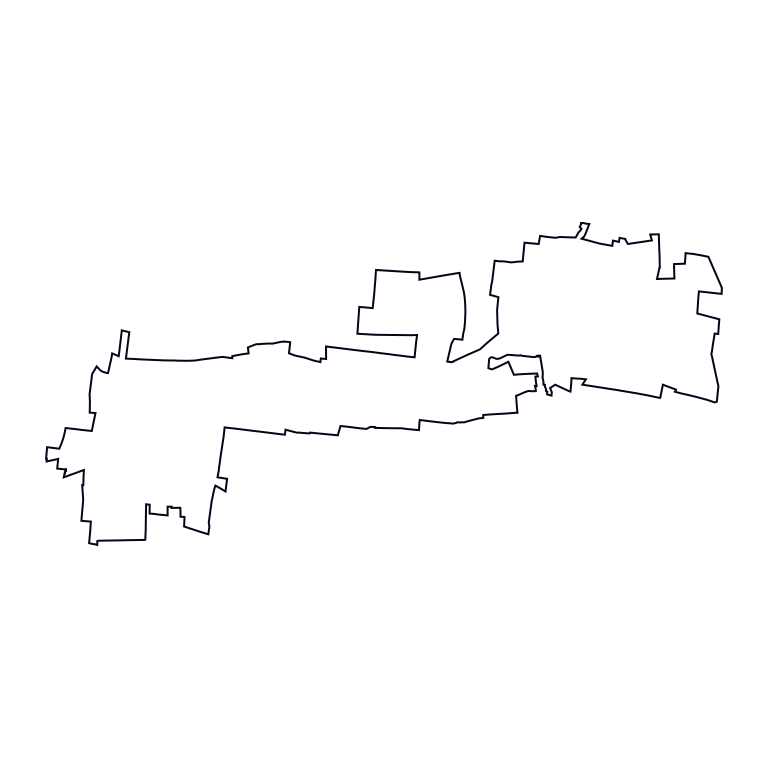 Dzilam González, Yucatán, Mexico (Natural Earth projection)
{"feature_id": "50627088B25525768162846", "entity_name": "Dzilam González", "entity_type": "district", "adm_level": 2, "iso_a3": "MEX", "parent_name": "Mexico", "parent_adm1": "Yucatán", "projection": "natural_earth1", "projection_center": [-88.758, 21.324], "detail": "fine", "context": "isolated", "style": "outline", "palette": "ink", "viewbox_px": 768, "rotation_deg": 0, "n_neighbors": 0, "source": "geoboundaries", "source_scale": "gbopen_adm2", "svg_char_len": 6045}
<svg xmlns="http://www.w3.org/2000/svg" viewBox="0 0 768 768"><path d="M650.2,234.5L651.9,240.4L643.3,241.7L627.8,244.0L625.2,239.2L625.2,238.9L619.6,237.9L618.9,241.9L613.0,240.6L612.3,245.9L599.3,243.5L581.6,238.7L583.0,237.4L584.2,236.5L585.6,233.6L589.3,224.0L586.3,223.7L583.5,223.1L581.1,223.0L581.1,224.4L579.7,227.0L581.5,228.7L580.3,230.7L578.5,232.4L575.7,237.5L571.2,237.4L560.1,237.0L555.1,237.8L546.2,236.8L540.1,235.9L538.7,244.0L524.5,242.7L522.7,261.5L518.2,261.6L513.3,262.2L511.3,262.4L505.0,261.5L502.2,261.3L500.8,261.3L499.2,261.3L497.6,261.1L496.1,260.9L494.7,260.7L492.2,281.1L491.3,284.9L490.8,289.4L490.0,294.8L498.4,297.2L497.1,309.9L497.5,324.5L498.3,333.5L492.6,338.3L487.8,342.3L479.9,349.4L466.9,355.1L453.9,361.1L453.9,361.3L452.0,362.1L451.7,362.2L447.3,361.6L447.3,361.2L449.3,352.8L451.4,343.7L454.1,338.9L455.8,339.0L462.4,339.7L462.6,337.8L462.9,336.3L463.0,335.3L463.3,333.0L463.6,332.0L464.4,328.7L464.8,324.4L465.1,320.2L465.2,316.1L465.4,312.4L465.3,307.0L465.2,304.6L465.0,301.4L464.7,297.7L464.3,294.7L463.8,291.8L462.8,287.5L460.5,278.1L459.9,275.5L459.7,274.3L459.6,272.9L456.1,273.4L441.6,275.8L431.4,277.6L419.4,279.7L419.4,272.4L408.6,272.0L376.0,270.0L375.4,279.2L374.1,295.0L373.3,302.6L372.7,308.1L359.3,306.9L357.4,333.7L359.8,333.9L376.1,334.8L411.3,335.2L417.1,335.0L416.1,342.4L414.6,357.3L407.8,356.6L402.4,355.9L397.7,355.3L393.3,354.8L389.3,354.2L380.0,353.1L372.8,352.1L362.7,351.0L348.1,349.2L335.2,347.6L326.0,346.5L326.1,359.0L320.8,358.5L320.4,362.1L313.4,360.5L309.6,359.2L304.1,357.5L295.5,355.7L289.0,353.3L290.2,342.2L283.9,341.5L283.8,341.8L281.1,341.8L273.6,343.4L272.0,343.7L269.9,343.5L266.9,343.6L264.3,343.8L262.9,343.8L261.9,344.0L261.5,343.9L259.3,344.1L259.0,344.2L258.5,344.3L257.4,344.1L257.1,344.1L256.3,344.2L252.5,345.6L247.9,347.4L248.6,353.4L242.6,354.2L232.3,356.1L232.3,358.2L222.6,356.9L215.6,357.7L206.6,358.9L203.3,359.3L194.3,360.6L193.7,360.6L186.6,360.8L175.7,360.6L174.8,360.5L164.3,360.4L138.9,359.3L136.2,359.1L125.9,358.6L126.5,353.9L128.4,339.2L129.1,334.0L129.3,332.2L121.8,330.4L120.6,340.6L119.4,350.8L118.7,356.2L112.4,353.5L112.2,353.4L111.6,357.2L110.8,360.8L110.5,362.2L110.0,364.0L109.9,364.8L109.3,367.5L109.0,368.8L108.9,369.4L108.0,373.1L106.6,372.9L105.4,372.6L102.5,371.6L101.8,371.3L100.8,370.6L100.2,370.1L99.7,369.6L99.3,369.2L98.6,368.5L98.1,368.0L96.7,366.4L93.7,371.5L92.7,373.1L92.1,374.3L89.6,394.1L89.9,401.1L89.9,404.8L89.7,412.6L95.5,413.1L91.8,431.0L80.8,429.8L78.0,429.4L75.3,429.1L65.6,428.0L64.6,433.2L63.6,437.1L63.1,438.9L61.6,443.1L59.3,448.7L47.1,447.2L46.1,458.8L46.8,458.8L46.6,461.5L58.2,458.9L57.2,468.6L60.9,469.0L64.1,469.3L66.0,469.2L66.1,470.9L65.2,470.9L65.1,472.9L64.7,472.8L63.8,477.3L80.3,471.3L83.9,470.0L83.5,477.9L83.3,485.2L82.2,485.1L83.2,499.7L81.4,520.8L90.9,521.6L90.6,524.3L90.6,525.7L90.0,533.7L89.1,543.2L90.2,543.4L91.3,543.7L93.0,544.1L94.2,544.1L95.1,544.3L97.2,545.0L97.4,543.7L97.2,541.2L98.7,540.7L123.9,540.3L126.6,540.2L145.2,539.9L145.3,539.8L145.7,530.2L145.8,523.3L146.1,504.3L149.7,504.7L149.6,513.6L154.0,513.9L158.1,514.5L164.5,515.1L167.6,515.4L167.6,506.7L168.9,506.7L171.6,506.7L171.5,507.9L180.3,507.8L180.5,512.0L180.5,516.7L184.5,517.0L184.4,519.8L184.1,526.5L186.2,527.2L187.7,527.7L189.5,528.3L199.9,531.7L208.3,534.3L209.4,526.6L208.9,523.7L208.8,522.2L211.8,500.2L212.3,498.5L213.2,493.9L214.5,488.3L215.4,485.6L216.3,486.1L220.6,488.5L225.5,491.5L227.1,478.8L224.5,478.4L221.2,477.9L217.5,477.3L218.7,470.9L219.2,466.0L219.4,465.6L220.7,455.7L222.4,444.7L223.7,436.1L224.6,427.4L236.6,428.8L273.3,433.3L275.5,433.6L284.9,434.7L285.5,429.7L291.2,431.2L292.3,431.5L294.0,432.0L294.8,432.1L296.4,432.6L300.7,432.7L302.7,433.0L303.5,433.0L308.3,433.4L310.1,433.2L310.2,432.6L313.8,433.0L337.8,435.3L340.5,426.0L348.0,426.8L360.0,428.3L366.1,428.9L366.6,428.9L369.5,427.3L371.1,426.8L372.6,426.9L375.1,427.1L375.0,427.9L390.0,428.2L401.6,428.3L407.7,429.1L414.0,429.7L419.0,430.1L419.4,423.0L419.8,420.0L431.9,421.5L443.4,422.8L453.3,423.6L456.5,422.8L457.1,422.3L458.8,422.4L464.3,422.3L468.3,421.1L476.8,418.9L478.7,418.4L483.3,417.9L483.2,415.0L492.5,414.3L504.9,413.6L516.9,412.7L517.4,412.8L516.7,404.5L516.1,395.8L518.6,394.9L525.0,392.1L528.3,391.0L529.3,391.0L533.1,391.3L533.4,391.1L535.8,391.1L535.6,388.6L535.0,385.9L536.6,386.1L535.9,381.6L535.4,376.6L537.9,376.4L537.1,373.5L526.8,373.9L522.9,374.1L518.2,374.4L513.9,374.8L508.4,361.8L499.7,366.0L496.9,367.3L494.4,368.4L492.2,369.4L491.6,369.3L488.4,368.2L489.1,359.1L489.9,358.1L490.7,357.5L491.8,357.3L492.7,357.4L494.0,357.9L494.6,358.1L495.4,358.5L496.9,358.9L497.9,358.9L498.6,358.7L499.8,358.4L500.5,358.1L502.0,357.4L507.6,354.7L508.0,354.8L512.6,355.1L518.8,355.6L520.9,355.2L521.8,355.8L525.5,356.2L531.9,356.9L533.1,357.1L535.5,356.9L536.9,356.2L537.6,356.4L537.3,355.8L537.7,355.7L540.1,355.7L542.8,372.2L542.7,375.6L542.5,377.6L543.0,379.2L543.5,382.2L543.4,384.2L543.5,384.7L544.3,384.7L544.9,384.8L544.9,386.7L545.9,388.6L546.0,389.6L545.9,390.8L546.1,391.3L547.3,391.6L547.1,394.4L551.5,395.6L551.8,392.2L550.1,388.1L555.2,384.7L568.5,390.9L569.7,391.4L570.5,391.6L571.2,383.7L571.5,378.1L576.7,378.6L579.0,378.6L585.9,379.3L582.4,384.7L604.0,388.0L604.5,388.0L604.8,388.2L606.1,388.4L606.5,388.3L606.8,388.5L616.2,389.9L634.0,392.9L636.0,393.2L640.2,394.0L648.4,395.5L656.2,397.2L660.1,397.9L660.3,397.6L660.5,397.3L660.6,395.9L661.1,393.4L662.2,388.1L662.9,384.7L676.0,389.6L675.8,390.3L674.9,391.7L680.4,393.2L683.3,393.9L687.4,394.8L692.9,396.1L696.5,397.0L707.3,399.9L714.7,402.4L715.8,402.1L716.8,401.8L718.4,386.4L718.1,384.7L717.1,380.4L713.7,364.6L712.4,358.4L711.4,354.1L712.1,350.3L712.7,345.7L714.7,333.6L718.2,334.0L719.3,319.3L697.3,313.5L698.3,298.1L698.9,291.4L721.6,293.9L721.9,287.9L708.4,256.8L699.9,255.1L693.6,254.0L691.7,253.8L688.8,253.5L685.6,253.1L685.4,256.6L684.9,263.7L678.5,263.9L674.0,264.1L674.4,278.5L662.7,278.8L657.0,279.0L659.5,267.5L659.8,267.5L659.7,263.0L659.6,256.4L659.3,250.3L658.8,234.3L650.2,234.5Z" fill="none" stroke="#020617" stroke-width="2"/></svg>